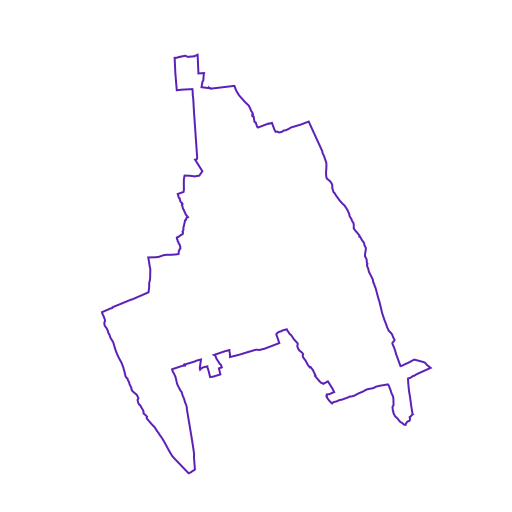 the district of Pogana, Vaslui, Romania, rotated 173°
{"feature_id": "2599482B64640023243271", "entity_name": "Pogana", "entity_type": "district", "adm_level": 2, "iso_a3": "ROU", "parent_name": "Romania", "parent_adm1": "Vaslui", "projection": "mercator", "projection_center": [27.562, 46.333], "detail": "fine", "context": "isolated", "style": "outline", "palette": "violet", "viewbox_px": 512, "rotation_deg": 173, "n_neighbors": 0, "source": "geoboundaries", "source_scale": "gbopen_adm2", "svg_char_len": 6084}
<svg xmlns="http://www.w3.org/2000/svg" viewBox="0 0 512 512"><g transform="rotate(173 256 256)"><path d="M314.4,430.2L308.8,430.1L298.8,429.4L298.8,427.9L299.0,424.5L299.2,423.1L299.1,420.3L300.0,406.4L302.4,360.8L302.5,360.3L302.9,359.4L303.3,359.2L304.7,359.0L298.9,346.7L302.4,342.8L303.4,342.5L304.5,342.7L306.8,342.4L312.3,343.8L317.1,344.5L318.2,341.1L318.8,336.8L319.3,332.2L319.5,330.4L320.1,328.4L326.1,327.1L325.7,324.9L325.7,324.2L325.3,322.9L324.7,322.4L324.6,320.2L324.1,318.7L323.4,318.2L322.7,316.9L323.1,316.5L322.8,316.0L323.3,315.4L322.9,314.1L322.8,312.0L322.0,310.5L321.7,309.1L321.2,308.0L320.9,306.4L320.0,304.7L318.8,302.9L320.3,302.4L321.1,300.4L322.2,300.0L322.7,297.8L323.3,296.6L323.7,295.0L324.5,293.6L324.9,290.6L325.9,289.2L326.0,288.9L325.6,288.4L325.9,286.9L327.1,286.2L327.9,286.1L328.5,285.5L329.2,285.4L330.9,284.2L332.1,284.2L332.4,283.9L332.3,282.5L331.9,281.3L331.9,280.2L331.2,278.9L331.1,277.6L330.4,276.7L330.2,275.1L330.0,274.7L330.2,273.7L330.1,272.7L331.2,271.8L331.5,270.8L332.0,270.3L332.6,267.4L335.0,267.3L339.4,267.5L345.1,268.1L347.4,268.1L352.6,267.0L355.9,267.0L363.1,267.7L362.7,258.0L362.5,255.9L363.8,246.8L364.4,244.5L365.3,242.3L365.9,237.8L367.1,233.1L384.5,227.9L385.4,227.9L404.1,222.8L404.8,222.5L405.0,221.9L407.4,221.5L415.7,219.0L415.5,217.2L414.7,215.2L413.8,211.5L413.9,209.4L414.5,208.7L414.8,207.8L414.6,205.2L412.9,202.1L412.3,200.2L411.8,197.3L411.0,195.6L410.5,192.8L408.2,187.7L407.1,180.7L405.8,175.4L404.4,171.2L402.6,166.8L401.2,161.2L401.1,159.8L400.7,157.6L400.2,152.7L399.5,151.2L398.5,150.0L398.3,148.6L397.4,146.2L397.1,144.1L395.8,140.4L395.8,138.5L395.0,136.8L391.3,132.8L390.1,129.6L390.1,129.1L391.1,127.7L391.1,127.2L390.7,124.3L390.3,123.1L389.3,122.2L386.9,116.6L386.6,115.2L386.8,113.4L384.9,111.4L383.7,109.8L384.2,108.9L384.1,107.9L380.2,102.0L377.4,98.3L375.7,94.6L374.3,92.2L373.4,90.2L371.4,86.6L369.7,82.7L366.3,74.0L363.6,67.8L362.0,65.4L349.4,48.6L347.0,49.2L345.4,50.2L343.2,51.1L342.7,51.5L342.5,54.3L342.1,64.0L341.6,66.5L341.6,70.0L342.0,83.1L343.3,112.7L343.1,114.0L343.5,116.8L344.4,119.9L344.4,120.7L345.0,123.8L345.9,126.7L346.3,129.8L347.4,131.7L349.5,137.3L349.9,139.0L350.6,145.5L351.5,148.6L352.2,150.2L352.8,152.0L353.1,153.8L342.8,155.9L340.3,156.0L340.6,157.0L340.3,157.3L339.9,157.2L339.6,156.3L339.2,156.8L337.7,157.4L330.4,158.6L327.2,159.5L323.2,160.0L325.5,151.5L325.3,150.0L324.2,150.9L322.5,151.8L317.8,152.4L317.9,152.0L317.0,147.4L316.3,141.4L313.1,141.5L305.8,142.8L306.5,149.0L303.5,149.6L304.2,152.4L305.2,153.6L306.4,156.1L307.9,159.2L308.2,160.9L308.5,161.7L308.8,162.3L309.7,162.9L299.3,165.1L293.9,165.9L294.0,164.8L293.8,161.8L294.1,158.9L285.6,159.9L275.9,161.6L275.4,161.9L274.9,161.7L269.5,162.7L267.0,163.0L264.3,162.3L262.1,162.5L260.3,162.9L259.8,162.7L243.5,166.7L244.5,171.7L245.4,175.7L244.8,176.6L242.6,177.9L239.8,178.3L238.8,178.9L234.4,179.5L234.1,178.4L232.8,176.2L232.7,175.6L231.8,174.2L230.8,173.3L228.5,168.7L225.3,164.2L225.3,163.5L226.0,161.6L225.9,160.6L225.1,158.0L224.7,157.2L222.4,154.8L221.4,153.4L221.2,152.7L221.8,151.6L221.6,149.7L219.6,146.2L218.0,142.1L217.1,140.4L216.1,138.8L215.3,139.1L213.4,135.8L211.5,130.1L212.0,129.8L210.8,127.8L209.2,125.5L208.3,124.0L206.7,122.1L205.2,121.5L204.8,120.9L199.9,122.8L196.5,115.6L195.0,111.4L200.2,109.9L202.6,110.0L202.8,109.8L202.7,107.4L203.0,107.5L202.9,107.0L201.1,103.7L198.9,100.8L198.4,100.4L198.0,100.9L196.5,101.6L193.9,101.8L190.9,102.8L188.5,102.9L181.9,104.4L180.2,105.1L178.8,104.9L175.7,105.3L170.8,107.2L166.4,108.4L163.8,109.5L161.7,110.2L156.3,110.5L154.2,111.0L153.7,111.4L152.6,111.7L149.2,112.1L140.7,112.5L139.9,110.8L138.7,106.0L138.2,103.1L137.1,100.0L137.0,98.0L137.6,91.4L138.9,89.6L139.0,85.6L138.5,84.4L138.8,83.5L137.4,79.8L136.0,78.3L133.0,73.7L131.1,72.3L129.9,70.8L128.2,70.1L127.6,71.4L126.3,72.8L125.4,73.4L124.2,73.5L123.2,74.5L123.0,75.8L123.1,77.4L122.0,77.9L121.0,79.0L119.7,79.7L119.9,79.9L120.2,87.9L120.3,97.3L120.6,103.5L120.4,111.1L120.1,115.8L117.1,116.5L114.7,117.8L114.0,117.7L111.0,119.1L96.3,123.7L99.5,126.9L101.1,129.3L102.6,130.3L111.3,133.8L112.1,133.7L118.6,131.2L120.9,130.6L124.5,129.3L126.0,129.1L128.8,141.1L129.7,146.7L131.3,152.3L131.2,153.1L131.0,153.4L129.0,155.2L128.8,155.5L128.7,156.0L129.5,157.8L130.5,161.6L131.4,163.2L133.3,165.5L134.6,169.5L135.0,171.9L136.3,176.7L137.7,183.7L139.1,195.9L139.8,199.5L141.2,209.7L141.9,212.1L142.3,214.4L142.8,215.2L142.9,218.2L144.0,221.6L145.8,226.4L146.2,229.9L147.0,232.8L146.9,233.7L146.3,234.6L146.8,235.6L146.8,236.3L146.6,238.7L147.1,240.7L147.8,242.2L147.6,244.3L146.0,249.9L146.1,251.2L146.9,252.8L147.2,255.7L147.6,256.7L148.8,258.6L149.5,260.4L150.4,262.4L151.1,262.7L150.8,263.6L152.2,266.0L154.6,269.5L155.6,271.4L155.2,274.6L155.2,276.6L156.6,279.7L156.7,280.8L157.2,282.0L157.9,283.2L158.3,284.7L158.3,286.1L159.7,290.7L162.0,295.4L163.9,297.5L165.1,299.4L165.9,300.3L169.1,306.1L170.4,309.0L171.1,309.6L171.6,311.5L172.0,314.3L171.7,316.9L171.7,317.8L173.1,320.9L173.8,321.6L174.9,322.9L175.8,323.6L176.5,325.0L176.6,326.8L176.3,330.6L175.8,332.7L175.0,337.6L174.9,340.3L176.4,347.3L177.3,349.7L177.5,352.1L187.3,383.0L195.4,381.0L205.6,379.3L208.0,378.2L211.1,377.2L213.1,377.2L214.8,376.2L217.5,375.8L218.3,375.9L219.5,376.8L221.4,376.9L222.3,379.2L224.0,386.2L227.0,385.6L227.2,386.0L238.3,383.3L238.5,383.8L239.1,384.1L239.5,386.0L239.7,386.5L239.9,388.5L241.0,389.1L241.2,389.9L241.3,394.5L241.7,395.1L242.1,394.9L242.4,395.0L242.7,396.4L242.4,397.0L241.8,397.1L242.1,398.5L242.4,399.3L243.3,401.0L243.7,402.9L244.9,406.2L248.2,410.2L253.2,417.5L255.1,421.6L256.0,424.3L256.7,427.5L280.6,427.6L280.7,428.1L282.1,428.5L282.4,428.9L282.6,428.4L289.5,430.2L287.9,435.5L287.0,436.6L286.8,437.1L285.7,442.8L285.3,443.9L290.9,444.2L289.7,459.2L289.5,462.9L291.3,462.2L291.9,462.2L292.9,461.6L293.7,461.9L295.0,461.7L297.0,462.0L298.4,461.8L299.9,462.2L301.7,463.3L302.0,463.4L305.0,463.1L305.7,463.3L306.6,462.8L308.1,463.0L308.9,462.7L309.6,462.7L310.2,462.4L312.6,462.6L313.7,448.3L314.2,437.1L314.4,430.2Z" fill="none" stroke="#5b21b6" stroke-width="2"/></g></svg>